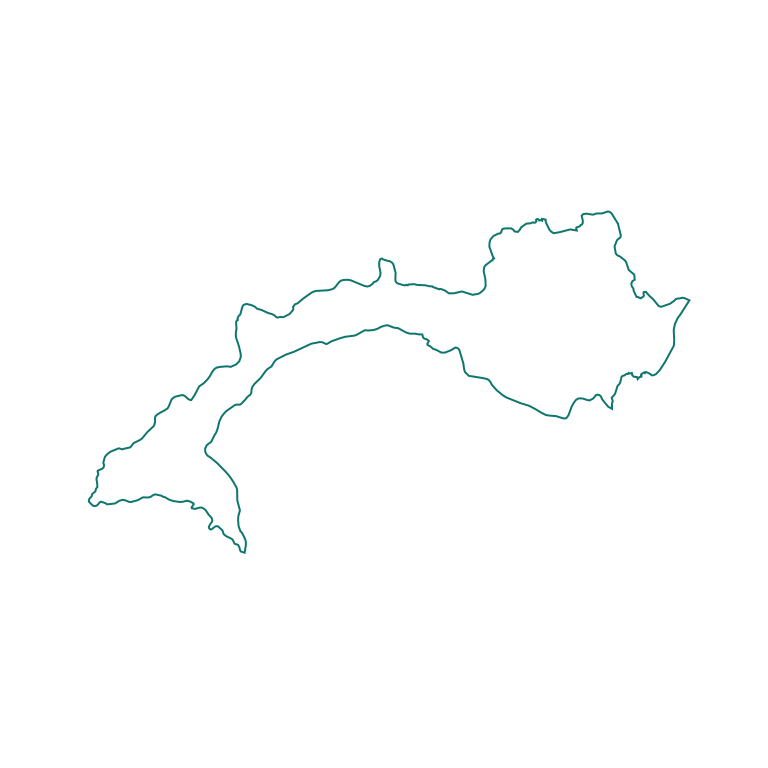 the district of Samakkhixay, Attapu, Laos, rotated 253°
{"feature_id": "54806243B43927962205569", "entity_name": "Samakkhixay", "entity_type": "district", "adm_level": 2, "iso_a3": "LAO", "parent_name": "Laos", "parent_adm1": "Attapu", "projection": "albers", "projection_center": [106.794, 14.975], "detail": "fine", "context": "isolated", "style": "outline", "palette": "teal", "viewbox_px": 768, "rotation_deg": 253, "n_neighbors": 0, "source": "geoboundaries", "source_scale": "gbopen_adm2", "svg_char_len": 6134}
<svg xmlns="http://www.w3.org/2000/svg" viewBox="0 0 768 768"><g transform="rotate(253 384 384)"><path d="M263.4,201.4L270.1,204.7L272.9,205.6L275.6,205.9L282.6,204.9L285.5,203.6L290.7,203.4L296.2,204.6L300.1,206.0L305.3,209.3L315.2,209.6L325.8,212.6L328.1,212.7L335.6,211.0L341.2,209.2L346.2,207.0L356.7,201.6L363.8,197.0L367.1,194.3L369.3,193.5L371.6,193.3L374.6,194.1L377.5,196.9L379.0,201.3L379.5,202.1L384.8,207.1L386.3,209.0L389.0,211.2L396.5,215.7L400.4,219.3L402.7,222.6L404.2,225.3L407.4,235.0L407.4,237.1L406.4,240.0L406.7,241.5L409.6,246.8L411.6,249.6L413.0,253.3L414.3,254.5L417.6,255.8L419.7,257.3L421.8,259.9L425.9,267.8L431.3,275.0L432.3,276.9L433.7,281.5L438.1,286.6L439.0,288.7L440.8,299.1L441.1,307.1L443.8,326.1L442.9,334.8L442.0,337.2L439.2,340.3L439.0,341.3L440.2,346.2L440.6,354.9L440.5,360.8L438.9,370.0L439.2,373.2L440.8,379.9L440.9,381.9L439.8,384.4L438.7,389.6L438.7,393.7L439.5,397.8L439.6,401.5L439.1,404.7L435.1,409.8L433.3,413.8L426.6,420.4L424.5,423.6L423.0,428.6L421.3,431.7L420.2,435.1L417.1,435.0L415.7,435.7L414.1,438.1L412.0,439.5L409.6,437.1L408.6,437.1L406.2,439.5L403.3,441.2L401.3,444.0L397.3,448.0L396.2,451.3L396.7,457.8L398.0,463.0L397.2,464.4L395.9,465.5L394.4,466.0L380.5,465.9L374.7,464.9L371.7,465.0L367.0,467.5L360.5,480.8L358.3,484.4L356.7,485.6L354.7,486.4L351.7,486.9L345.0,490.0L338.1,494.6L335.0,497.5L325.8,508.9L320.9,516.2L316.0,521.2L310.4,526.2L307.1,529.7L305.5,532.8L303.0,539.1L298.7,545.4L298.0,547.6L298.3,548.8L300.3,551.4L307.5,556.8L310.6,560.1L312.5,562.6L313.2,565.0L313.1,567.1L311.7,570.3L309.3,573.6L308.2,575.8L308.9,579.6L311.5,583.7L311.4,585.0L310.5,586.6L309.0,587.7L305.4,588.2L296.8,591.7L293.6,594.8L298.3,596.2L301.0,597.8L304.3,597.7L306.4,601.3L307.5,602.4L313.9,606.8L315.1,609.0L316.5,610.4L321.3,613.2L322.0,614.4L321.9,616.2L322.7,618.5L322.3,620.4L323.1,621.3L322.1,622.2L322.1,624.2L319.6,624.0L317.8,625.2L316.6,628.0L314.5,628.1L315.9,630.2L315.8,632.3L316.5,632.7L317.1,632.3L318.0,632.7L319.1,636.2L318.1,636.7L318.8,637.9L318.5,638.6L315.9,641.4L314.0,642.6L313.6,644.3L313.9,646.9L316.6,651.7L322.9,659.2L335.9,672.4L340.9,674.3L351.1,676.9L356.5,679.8L361.4,684.4L363.7,687.6L374.7,700.5L378.2,696.6L379.2,694.7L379.5,691.1L380.0,689.3L379.9,688.0L378.8,686.0L377.1,680.9L376.8,672.1L377.1,670.9L378.4,669.4L386.0,666.3L391.2,663.3L395.5,661.4L395.9,659.3L395.0,658.7L392.7,658.4L392.0,657.9L391.4,656.8L391.3,655.0L390.9,654.7L391.7,653.4L392.7,652.7L393.4,651.0L400.1,650.0L402.5,650.4L405.0,649.5L407.6,649.8L409.7,651.6L410.4,654.2L415.4,655.3L421.5,651.4L429.8,651.2L431.8,650.5L437.1,646.8L438.8,644.8L441.0,643.8L448.2,644.7L453.2,648.7L454.1,650.1L455.0,652.9L456.9,653.9L468.8,654.6L481.0,651.4L482.8,649.8L483.5,648.7L483.4,642.3L485.0,636.9L484.8,633.4L487.8,627.1L488.2,624.0L487.0,622.2L482.3,621.9L479.8,621.1L478.6,619.8L478.5,618.5L477.5,617.3L477.5,613.8L476.6,613.3L474.4,613.3L477.4,607.2L477.8,596.7L478.6,590.3L480.9,588.4L483.2,587.3L490.3,586.2L492.5,586.2L494.0,586.6L495.7,583.3L494.0,582.9L494.9,581.6L495.0,580.2L496.5,579.8L497.0,578.2L496.7,577.5L494.9,577.2L494.1,575.8L494.4,574.5L495.0,573.9L494.9,570.6L495.6,567.9L495.5,566.2L493.7,560.9L491.6,558.7L490.3,556.4L491.7,553.5L493.9,552.7L495.7,551.0L497.6,544.4L497.4,542.3L494.7,540.2L494.1,539.4L494.4,536.9L493.5,531.8L491.1,528.1L488.2,526.2L484.4,524.9L475.0,525.3L471.9,525.9L472.0,524.9L471.4,524.2L470.6,524.0L470.5,522.9L467.9,515.8L466.4,513.9L462.7,512.3L454.7,511.6L448.1,509.9L446.2,508.4L444.7,506.5L442.9,502.1L442.7,500.1L443.4,494.8L449.7,485.6L450.3,477.4L451.7,472.6L455.5,469.7L458.3,466.1L458.6,465.1L458.4,464.5L462.4,459.2L463.3,458.7L463.9,456.6L466.5,452.0L468.8,445.2L470.9,441.5L471.3,438.9L471.9,437.2L472.0,436.4L471.4,435.6L472.4,434.3L472.1,433.0L473.2,430.9L476.3,426.3L477.9,425.3L479.9,425.2L487.0,427.6L495.7,427.9L497.8,427.2L499.9,425.2L500.5,423.7L503.8,419.2L504.6,418.7L504.5,417.0L502.1,415.1L498.2,413.9L491.4,413.2L488.4,411.9L485.2,408.4L484.4,406.1L484.5,404.1L483.3,402.7L482.0,399.1L482.1,396.5L483.6,393.8L493.0,382.4L494.2,380.0L495.4,375.5L495.4,373.1L494.5,370.7L490.6,365.2L489.8,362.7L490.0,358.0L492.9,346.1L492.9,343.3L492.2,340.3L489.3,331.6L486.5,325.2L486.2,322.1L484.3,319.6L482.3,319.2L481.3,318.5L478.6,314.3L477.4,307.9L477.4,306.8L478.4,304.8L478.7,301.4L479.9,300.2L481.5,299.5L483.6,297.3L485.8,293.9L490.6,288.5L493.2,284.5L495.5,283.3L497.8,280.8L500.4,276.6L500.8,275.6L500.7,273.1L500.2,272.1L498.9,270.9L492.5,266.9L491.6,265.0L490.2,263.5L488.8,262.9L488.0,263.0L487.7,261.8L486.6,260.7L480.1,259.1L475.8,257.1L472.1,256.1L463.1,256.3L454.9,255.8L451.6,254.9L448.0,252.2L446.0,248.5L445.2,242.5L446.8,239.1L448.4,231.7L448.6,228.5L447.9,226.3L446.2,223.7L442.3,219.7L439.9,216.4L437.3,211.5L435.8,206.6L428.8,199.7L425.0,195.0L425.1,194.4L426.7,192.5L430.5,190.2L432.0,188.7L432.5,187.3L432.9,180.9L432.6,179.1L431.4,176.4L425.5,171.6L423.9,169.8L422.7,165.5L422.1,162.0L420.8,157.4L420.0,156.2L419.1,155.3L414.7,154.0L411.3,151.9L407.2,143.6L402.7,136.8L401.8,134.2L400.7,127.3L397.6,122.9L398.1,116.3L397.9,114.9L399.9,111.8L400.0,110.8L399.2,102.5L397.5,98.1L395.8,95.7L390.9,92.6L388.4,92.6L386.4,91.6L385.3,89.8L384.9,85.2L384.4,84.6L382.0,84.5L380.4,84.0L379.0,82.3L377.4,81.3L372.0,80.5L369.2,79.7L368.0,77.9L365.7,76.6L364.0,72.6L362.0,71.5L360.5,68.8L358.5,67.5L357.5,67.5L352.8,70.0L351.7,71.9L351.8,74.1L354.1,77.9L354.1,79.2L351.5,82.7L350.0,83.9L349.7,84.7L348.4,91.8L349.7,96.7L349.7,99.9L348.5,102.4L345.8,105.8L345.1,107.6L344.9,114.6L346.1,120.3L344.6,124.6L344.2,127.4L345.3,131.0L345.3,133.1L342.3,138.4L340.6,139.9L339.9,141.3L336.1,144.8L333.7,148.3L331.0,153.9L330.2,157.2L330.0,161.5L328.3,164.3L325.6,166.8L324.8,167.0L322.2,163.9L321.4,163.9L319.8,166.7L319.7,171.4L319.4,172.8L318.5,174.4L315.7,176.5L310.1,178.2L306.4,180.0L303.8,180.0L302.4,179.0L300.4,176.4L298.6,174.8L297.7,174.5L296.6,174.8L295.8,175.4L295.4,176.5L297.1,180.9L296.9,182.7L296.2,183.8L291.2,186.7L287.4,186.8L286.6,187.2L284.4,188.8L280.5,193.0L279.1,193.8L275.0,194.4L272.8,197.4L270.1,197.9L266.8,197.8L265.5,198.3L263.4,201.4Z" fill="none" stroke="#0f766e" stroke-width="2"/></g></svg>